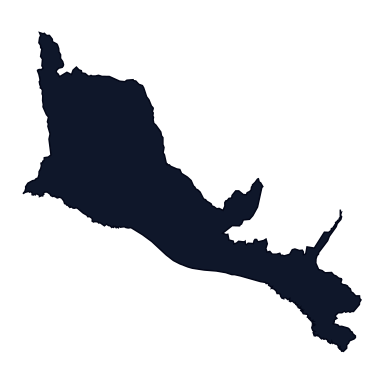 Camana, Arequipa, Peru (orthographic projection)
{"feature_id": "86281439B8928059178056", "entity_name": "Camana", "entity_type": "district", "adm_level": 2, "iso_a3": "PER", "parent_name": "Peru", "parent_adm1": "Arequipa", "projection": "orthographic", "projection_center": [-72.661, -16.401], "detail": "fine", "context": "isolated", "style": "filled", "palette": "ink", "viewbox_px": 384, "rotation_deg": 0, "n_neighbors": 0, "source": "geoboundaries", "source_scale": "gbopen_adm2", "svg_char_len": 5913}
<svg xmlns="http://www.w3.org/2000/svg" viewBox="0 0 384 384"><path d="M340.3,209.6L340.3,217.2L339.4,218.2L338.7,220.5L337.7,220.4L337.0,221.6L335.6,222.5L335.8,223.6L334.7,225.1L334.7,225.9L333.9,226.2L333.0,227.9L331.4,228.7L331.1,230.5L328.6,232.4L324.4,232.2L314.3,248.1L307.0,246.9L305.9,253.1L305.1,254.4L303.4,254.6L303.3,251.8L302.3,250.2L299.3,250.5L294.9,249.0L292.3,249.7L289.7,254.3L284.2,255.9L282.3,255.2L281.0,255.6L279.8,253.3L276.6,254.2L272.9,254.2L272.0,254.0L269.8,251.4L267.1,252.2L265.8,248.5L267.3,243.8L266.0,239.1L263.7,240.5L258.7,241.7L257.5,241.4L256.6,239.5L255.1,239.4L254.2,240.5L253.4,243.6L248.2,243.2L246.4,244.8L245.5,244.1L245.1,241.3L244.6,241.8L242.7,241.8L238.6,241.3L236.5,243.1L233.9,244.0L233.2,241.1L228.9,240.0L227.8,234.3L226.0,234.6L222.6,233.2L232.2,225.6L239.6,225.8L240.3,224.6L241.5,224.0L243.3,219.9L249.5,219.3L252.8,215.6L257.5,207.1L261.8,187.5L262.8,186.6L260.6,182.8L259.2,182.0L258.4,178.8L257.5,179.1L255.1,182.4L252.5,184.9L252.4,186.1L251.5,187.1L251.2,189.8L249.7,191.5L247.2,192.7L246.4,194.7L243.3,194.6L238.8,190.9L235.7,190.9L232.1,195.4L231.7,198.0L228.9,198.4L227.4,200.4L225.8,200.9L224.8,202.6L224.9,206.1L223.0,210.4L219.1,208.4L216.7,208.8L214.0,206.7L212.1,206.1L211.0,203.7L206.6,201.1L205.6,199.7L203.6,199.0L200.1,192.1L197.8,189.9L195.8,189.0L194.8,187.1L193.5,186.0L191.1,180.5L187.4,177.1L181.5,173.4L179.8,169.5L176.6,168.9L170.5,166.2L169.4,164.9L167.9,164.8L167.3,164.0L166.9,164.5L166.4,163.9L164.4,154.8L163.1,152.7L164.0,147.5L162.9,144.5L162.9,137.6L161.5,135.8L160.8,132.0L155.8,125.0L153.8,123.3L153.1,119.6L153.5,117.2L152.8,116.0L153.2,112.9L152.3,111.5L153.2,108.7L153.0,107.7L151.4,106.0L148.9,99.8L146.6,96.8L143.7,87.9L142.4,85.6L138.8,84.3L135.8,81.0L133.6,80.7L133.1,79.7L126.9,80.2L124.9,81.7L119.7,81.2L109.3,76.5L101.9,76.4L98.5,75.3L95.6,76.0L92.2,76.0L91.0,75.4L89.7,76.1L88.2,76.1L85.2,73.5L81.8,73.0L81.3,70.7L78.9,69.8L76.4,67.1L73.1,70.1L71.5,74.6L66.9,72.3L59.6,76.7L58.0,73.9L56.5,72.7L56.2,70.8L58.6,68.2L62.2,67.3L63.3,65.8L63.5,64.5L62.7,61.6L60.5,58.4L60.6,54.7L58.9,51.8L58.7,48.5L57.5,45.1L56.8,44.0L52.5,41.7L52.3,39.2L49.4,35.4L46.6,35.5L44.3,33.3L43.1,33.8L39.5,32.6L40.7,35.6L39.6,37.7L38.9,42.8L40.6,45.2L40.7,47.8L41.9,48.5L40.6,56.5L42.5,59.2L41.9,65.8L43.2,68.0L41.5,69.6L39.1,69.5L37.6,70.2L37.5,70.7L38.9,74.2L40.0,79.2L39.9,81.1L39.3,81.7L39.9,84.9L40.6,86.1L40.3,87.9L41.5,88.5L42.5,90.4L42.1,93.8L42.8,95.7L42.6,100.7L43.3,104.5L43.0,106.8L46.5,114.7L48.5,117.0L47.4,121.9L48.4,123.8L47.9,126.3L50.1,133.9L49.0,139.1L51.0,154.9L48.3,157.1L44.3,157.7L44.1,160.5L42.8,161.2L42.6,162.6L41.0,163.2L41.4,165.8L40.7,168.7L39.1,171.6L39.0,174.7L38.0,178.0L36.0,178.8L34.7,180.3L32.5,180.7L27.9,183.2L25.6,186.8L25.8,188.3L24.9,191.4L23.0,193.7L25.2,192.3L28.6,191.4L29.5,192.1L30.2,191.7L32.1,192.5L32.1,194.7L33.3,195.0L34.1,194.3L35.3,194.9L36.2,193.8L37.0,193.9L39.5,195.3L39.5,196.5L41.4,195.7L42.7,195.9L43.0,194.7L43.8,194.2L43.4,193.1L44.6,192.1L47.2,192.0L50.2,194.2L50.8,195.5L52.7,196.5L54.6,196.0L55.3,197.0L56.5,197.0L56.9,197.8L57.9,197.9L58.8,197.1L61.5,197.9L63.8,200.9L64.6,203.6L65.5,203.6L66.8,205.1L67.7,205.1L69.5,207.0L70.1,206.6L70.1,207.3L71.6,206.9L73.1,208.1L75.0,208.2L75.7,207.5L77.7,208.4L83.2,213.1L86.9,215.2L87.8,216.7L89.7,216.6L91.7,218.1L92.3,218.7L92.2,221.2L93.6,222.0L94.4,221.6L97.6,221.8L98.7,223.0L100.1,222.7L104.4,225.8L106.6,224.1L108.4,225.5L110.2,225.8L111.6,227.3L111.9,226.9L113.3,227.3L113.4,226.6L113.8,227.1L115.1,226.3L116.1,227.6L116.5,226.9L118.3,227.7L118.3,227.2L119.8,226.5L120.4,227.2L124.3,226.7L126.3,227.7L127.2,227.4L127.9,228.0L131.0,227.6L142.4,234.6L151.8,241.5L166.2,254.9L173.4,260.5L179.8,263.8L187.8,266.9L192.3,268.2L204.1,270.0L216.5,271.0L225.8,272.6L231.9,274.6L234.6,274.6L240.4,275.9L260.5,281.6L265.5,282.4L266.1,283.5L268.1,283.3L268.9,283.8L268.5,284.9L268.8,285.4L271.3,286.8L271.3,288.1L272.3,287.1L272.1,288.3L273.9,288.9L276.1,290.8L277.1,293.5L279.1,293.5L280.4,294.4L280.7,296.2L281.8,298.0L283.4,298.6L283.2,298.0L285.7,297.7L287.7,299.5L289.7,298.5L289.4,301.0L290.4,301.6L292.2,300.9L294.5,303.0L295.3,302.6L295.8,304.4L297.6,304.8L297.1,305.7L299.1,307.4L298.6,307.7L299.9,308.3L300.4,307.7L300.3,308.4L301.5,309.2L301.2,309.7L302.5,309.6L302.1,310.9L301.4,311.0L302.2,311.7L302.8,311.3L302.4,312.1L303.3,313.7L306.3,314.2L306.6,313.8L308.0,315.2L307.4,317.1L309.0,317.6L308.7,318.4L309.2,318.8L310.0,318.4L309.8,319.4L311.2,320.9L312.5,320.6L312.2,321.2L313.2,321.5L312.0,321.8L312.6,323.4L314.2,324.1L312.8,324.4L314.1,325.5L312.3,325.8L311.8,327.8L312.8,330.4L314.6,331.3L313.6,331.5L313.2,332.7L313.9,333.3L313.5,333.5L314.2,335.7L315.2,335.9L315.3,335.2L315.9,335.2L317.0,335.7L317.7,335.1L317.8,335.8L318.7,336.0L321.5,338.9L323.1,338.3L323.8,339.2L326.0,338.9L327.8,340.4L327.8,341.1L328.5,341.0L328.2,341.8L330.4,343.4L331.6,342.8L331.9,341.5L332.7,343.2L333.1,342.8L335.5,344.1L336.5,344.0L338.3,345.8L338.2,347.0L338.7,347.9L339.8,347.0L339.7,349.1L340.8,349.2L341.0,350.1L341.9,350.6L341.1,351.4L342.1,351.0L343.4,351.4L346.7,348.2L346.7,344.9L348.6,343.0L349.4,340.9L354.1,338.9L355.4,337.6L355.4,335.9L353.0,334.0L352.1,332.0L350.5,331.2L349.6,329.4L348.0,328.1L341.7,326.3L339.3,326.5L337.9,324.9L333.2,323.7L334.2,322.0L334.3,319.9L336.9,318.3L335.5,316.8L335.4,315.5L338.3,312.7L342.0,312.7L344.4,311.1L345.7,312.2L348.4,311.3L350.0,312.2L351.7,311.4L353.5,311.5L359.4,304.5L359.5,302.4L361.0,299.9L359.7,298.5L359.5,295.9L355.7,295.9L352.8,292.7L351.2,292.0L350.3,288.8L348.3,287.4L347.4,285.9L345.6,285.0L342.7,284.5L341.2,283.5L340.9,282.2L341.7,279.7L341.3,278.7L338.6,278.1L336.2,276.0L333.7,275.0L331.6,272.5L325.0,272.8L322.1,270.6L318.6,269.5L315.8,263.1L316.0,258.8L317.0,255.6L318.5,254.1L318.6,252.6L327.6,240.7L329.3,236.3L336.2,226.7L337.2,223.6L340.8,219.5L341.6,216.7L340.5,215.2L341.3,212.5L340.6,212.9L340.3,209.6Z" fill="#0f172a" stroke="#020617" stroke-width="1.5"/></svg>